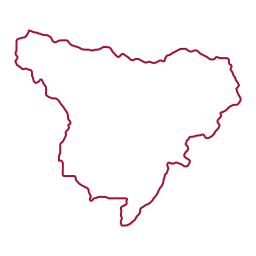 Santa Cruz del Seybo, El Seybo, Dominican Republic
{"feature_id": "3306468B51823501845904", "entity_name": "Santa Cruz del Seybo", "entity_type": "district", "adm_level": 2, "iso_a3": "DOM", "parent_name": "Dominican Republic", "parent_adm1": "El Seybo", "projection": "orthographic", "projection_center": [-69.057, 18.747], "detail": "fine", "context": "isolated", "style": "outline", "palette": "rose", "viewbox_px": 256, "rotation_deg": 0, "n_neighbors": 0, "source": "geoboundaries", "source_scale": "gbopen_adm2", "svg_char_len": 5700}
<svg xmlns="http://www.w3.org/2000/svg" viewBox="0 0 256 256"><path d="M103.5,46.9L101.7,48.0L98.8,49.4L97.9,49.6L94.5,49.8L92.1,50.6L91.3,50.5L89.8,49.9L88.9,49.7L84.2,49.6L82.9,49.4L82.0,49.2L78.2,47.2L76.2,46.7L74.3,45.9L72.6,45.5L71.7,45.2L70.2,43.9L68.8,42.4L67.9,41.0L67.2,40.5L65.3,40.3L60.1,40.4L59.1,40.6L55.6,42.3L54.9,42.3L54.0,42.0L52.9,41.3L51.7,39.1L51.1,37.8L50.4,36.9L49.6,36.5L47.6,35.4L46.4,35.1L43.7,35.0L42.7,34.8L40.6,33.9L38.5,33.4L37.0,32.7L33.7,32.2L31.9,31.4L29.0,30.5L28.6,31.7L27.7,33.8L25.2,37.1L24.4,37.4L22.1,37.7L20.2,38.4L18.2,38.8L17.5,39.3L16.8,40.1L16.6,40.8L16.5,41.7L16.5,47.9L16.4,50.3L16.2,51.5L15.5,53.0L15.5,53.6L15.6,54.1L15.9,54.7L17.3,56.6L17.5,57.2L17.5,57.8L17.2,58.6L15.9,60.3L15.4,61.3L16.6,64.2L17.0,64.9L17.9,65.6L19.4,66.5L22.2,68.9L22.7,69.1L23.2,69.2L24.9,68.7L26.4,68.7L28.2,69.5L30.2,69.9L30.8,70.2L31.2,70.6L31.7,71.3L31.9,71.8L32.0,75.0L32.2,76.2L32.9,77.7L33.5,80.4L34.4,82.0L34.8,82.4L35.3,82.7L35.9,82.8L37.0,82.6L39.1,81.3L39.9,80.1L40.4,79.6L40.9,79.5L41.2,79.5L41.8,79.9L42.1,80.4L43.8,84.0L45.5,86.3L45.9,87.1L46.1,88.7L46.0,94.0L46.2,94.9L46.5,95.4L46.9,95.8L48.5,96.8L51.3,98.1L52.3,98.3L55.6,98.5L56.6,98.9L57.4,99.4L59.3,101.4L59.8,102.2L60.9,104.1L63.5,107.1L64.5,109.0L66.3,111.3L67.6,113.9L67.9,115.1L68.0,117.8L68.2,118.8L68.6,119.6L70.2,121.6L70.4,122.5L70.4,123.3L70.1,124.0L69.7,124.3L68.7,124.6L68.4,125.0L68.3,125.7L69.0,127.3L68.9,128.1L68.4,129.0L66.4,131.1L65.7,132.2L65.6,133.0L66.0,134.4L66.0,134.9L65.2,137.2L64.3,138.7L63.7,140.0L62.6,141.8L61.0,143.1L60.4,144.1L60.2,145.7L60.2,152.6L59.9,153.9L59.2,155.4L58.9,156.7L58.9,160.5L60.3,160.5L61.3,160.8L62.1,161.4L62.6,162.3L62.8,163.3L62.9,164.4L62.7,173.7L62.8,174.7L63.0,175.3L63.5,175.8L64.1,176.0L65.1,176.1L73.7,176.0L74.4,176.1L75.0,176.4L75.2,176.6L75.6,177.4L75.8,179.3L76.3,180.4L77.4,181.7L79.3,183.7L80.9,184.9L87.1,188.0L88.0,188.8L88.3,189.3L88.5,189.9L88.8,192.4L89.6,193.6L90.1,195.0L90.8,196.1L90.7,196.9L90.1,198.2L89.8,199.3L90.0,200.1L90.2,200.4L90.6,200.7L91.2,200.7L91.9,200.5L92.3,200.2L93.2,199.0L94.1,198.4L96.1,197.9L97.7,197.2L99.3,196.9L103.5,196.9L105.5,197.0L106.5,197.3L108.3,198.1L109.5,198.3L119.8,198.3L125.1,198.3L125.7,198.3L126.6,198.6L126.8,198.8L127.0,199.3L127.0,199.8L126.4,201.1L126.4,201.6L126.7,203.2L126.5,203.9L125.8,204.7L122.0,206.5L121.2,207.3L120.9,208.1L120.9,209.3L121.4,211.3L120.9,213.3L120.9,215.0L121.0,216.0L121.7,217.5L121.8,218.4L121.7,219.2L121.1,220.4L120.9,221.0L120.8,221.9L120.8,222.9L121.1,224.1L121.8,225.5L125.6,225.5L126.6,225.4L127.4,225.2L130.3,223.7L133.1,221.2L134.5,220.2L134.8,219.8L135.8,218.2L136.7,216.4L137.5,215.7L138.5,214.9L139.7,213.1L140.0,212.0L140.3,209.2L140.6,208.7L140.9,208.3L141.6,207.7L143.1,206.9L145.2,205.4L149.1,203.5L150.1,202.8L152.1,200.8L152.7,200.0L153.7,198.2L156.4,195.1L157.9,192.3L158.5,190.9L159.8,188.4L161.7,185.9L163.0,183.3L163.3,182.4L163.6,179.6L164.4,177.5L164.9,174.9L165.3,174.3L166.5,173.3L167.1,172.4L167.5,170.6L168.1,169.1L168.3,168.6L168.2,167.7L167.5,166.2L167.2,165.1L167.3,164.5L167.4,163.9L167.9,163.2L168.6,162.7L169.5,162.7L171.5,163.5L172.7,163.7L173.6,163.5L175.4,162.7L176.9,162.6L177.7,162.9L179.3,163.6L181.3,164.2L182.1,164.7L183.6,165.9L184.4,166.3L185.3,166.4L186.3,166.4L186.9,166.2L187.8,165.8L189.0,163.8L189.8,162.1L189.9,161.6L189.9,161.0L189.5,160.3L188.6,159.4L187.8,158.9L186.4,158.3L185.2,157.3L184.4,156.3L184.3,156.0L184.2,155.1L184.3,154.6L185.5,152.4L186.2,151.5L187.5,150.6L187.7,150.1L187.9,149.0L188.0,148.1L187.7,146.6L187.4,146.1L186.4,145.4L185.8,144.7L185.6,144.2L185.6,143.7L186.3,142.6L186.7,141.0L187.0,140.5L187.5,139.9L188.7,138.9L189.3,137.6L189.5,137.2L190.3,136.9L190.8,136.8L193.6,136.6L194.2,136.5L196.0,135.7L200.1,135.3L200.6,135.2L201.8,134.6L202.7,134.5L203.2,134.6L203.9,135.0L204.4,135.7L205.0,136.9L205.3,137.4L206.0,137.9L206.6,138.1L207.5,138.1L208.1,138.1L208.7,137.9L211.3,136.5L212.2,135.8L214.0,133.9L214.5,133.2L215.2,131.8L215.7,131.1L218.5,128.1L219.5,125.8L219.5,125.3L219.4,124.8L217.8,122.6L217.6,122.0L217.5,121.1L217.7,120.2L218.0,119.7L220.4,117.2L221.0,116.2L221.1,115.6L221.0,115.0L220.5,113.9L220.4,113.5L220.6,112.8L221.2,112.4L222.8,112.0L225.4,110.7L226.4,109.9L229.4,106.9L230.7,106.1L233.4,104.9L236.7,104.7L237.5,104.5L238.0,104.1L240.3,101.0L240.5,100.5L240.6,99.9L240.6,99.0L240.5,98.4L239.2,95.8L238.3,94.3L237.1,91.7L236.4,88.6L238.6,86.1L238.9,85.5L238.8,84.9L237.7,82.6L236.0,80.3L235.7,79.8L235.2,77.7L233.4,75.1L233.1,74.6L232.7,72.8L232.4,72.3L230.8,70.0L230.6,69.4L230.6,68.8L231.4,66.9L231.5,66.0L231.4,65.5L231.0,64.9L229.7,64.4L229.4,64.0L229.1,63.2L229.0,60.9L228.8,59.6L228.3,58.9L227.9,58.5L227.0,58.2L226.1,58.1L221.6,58.1L219.7,58.0L218.8,57.8L217.4,57.1L216.8,57.1L216.2,57.2L215.8,57.4L215.2,58.0L214.5,59.0L214.0,59.2L213.2,59.4L212.3,59.5L210.4,59.3L209.3,58.8L207.0,57.0L200.5,53.7L199.6,53.0L197.8,51.2L196.7,50.5L195.8,50.3L194.9,50.3L194.3,50.5L192.6,51.3L191.6,51.5L190.4,51.5L189.5,51.3L188.9,51.1L186.9,49.5L186.1,49.1L184.6,48.8L181.7,48.9L180.8,49.0L179.9,49.2L172.5,53.0L169.9,54.8L169.3,55.0L167.6,55.4L166.9,55.8L166.3,56.4L166.0,56.9L164.9,59.2L164.6,60.8L164.3,61.2L164.0,61.3L163.3,61.4L161.7,60.6L160.5,60.5L159.3,60.7L155.8,62.6L154.6,62.9L153.4,62.9L152.4,62.8L151.8,62.6L150.3,61.9L149.2,61.7L148.0,61.9L146.5,62.5L145.7,62.6L145.1,62.5L142.8,61.4L141.3,60.5L139.0,59.3L138.2,59.0L136.9,58.9L135.7,59.0L134.8,59.3L133.6,60.0L133.0,60.1L132.1,60.1L131.2,59.9L130.2,59.3L127.7,56.9L125.8,55.8L123.9,54.3L123.1,53.9L122.5,53.9L121.6,54.3L119.5,56.4L118.8,56.8L118.3,57.0L117.7,56.9L116.6,56.0L113.0,52.2L112.2,51.2L111.3,49.3L110.5,48.4L109.8,47.8L109.1,47.4L108.1,47.2L103.5,46.9Z" fill="none" stroke="#9f1239" stroke-width="2"/></svg>